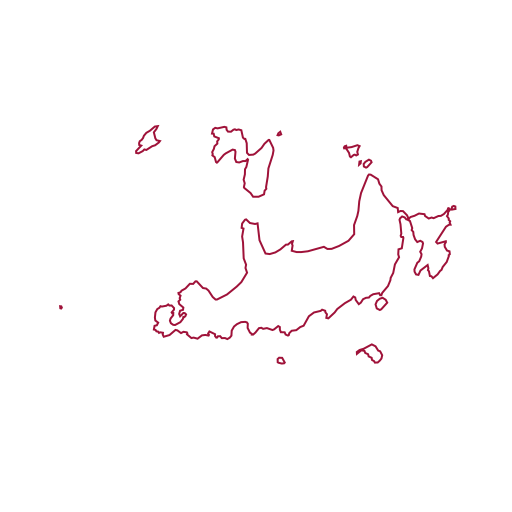 Con Dao, Sóc Trăng, Vietnam, rotated 217°
{"feature_id": "81297802B83873736556753", "entity_name": "Con Dao", "entity_type": "district", "adm_level": 2, "iso_a3": "VNM", "parent_name": "Vietnam", "parent_adm1": "Sóc Trăng", "projection": "equal_earth", "projection_center": [106.623, 8.704], "detail": "fine", "context": "isolated", "style": "outline", "palette": "rose", "viewbox_px": 512, "rotation_deg": 217, "n_neighbors": 0, "source": "geoboundaries", "source_scale": "gbopen_adm2", "svg_char_len": 6162}
<svg xmlns="http://www.w3.org/2000/svg" viewBox="0 0 512 512"><g transform="rotate(217 256 256)"><path d="M238.9,283.1L240.5,275.9L242.7,270.5L246.2,265.8L249.9,263.7L262.7,270.7L274.4,283.0L276.0,281.0L280.7,278.7L285.9,279.3L286.6,278.3L286.6,273.6L284.4,269.8L282.5,270.4L278.8,263.2L274.6,259.1L264.4,246.7L258.7,243.1L257.2,240.1L253.1,237.3L252.0,226.3L253.0,219.9L256.0,207.8L261.0,197.7L262.1,196.9L265.9,197.2L273.1,199.8L276.2,200.0L279.1,198.5L288.1,200.1L289.1,199.3L289.4,195.9L292.1,194.0L292.8,187.6L294.6,183.5L294.5,181.6L295.7,179.8L294.8,179.0L292.4,178.9L291.6,176.4L290.2,175.5L290.6,173.1L288.3,171.4L283.0,171.1L281.9,169.1L283.7,166.6L282.5,163.5L280.3,162.2L279.7,166.8L278.6,167.5L276.7,167.3L276.2,165.4L276.6,163.8L277.3,163.6L276.5,161.7L276.6,157.6L279.1,152.2L280.7,151.2L283.5,151.1L285.8,152.5L286.6,154.6L286.5,158.9L287.7,160.6L288.4,159.8L289.4,160.2L289.2,163.8L290.1,165.1L293.6,165.7L295.4,164.3L297.0,164.5L297.6,162.4L300.7,159.0L302.1,158.4L302.0,156.5L302.9,154.2L302.4,150.5L299.7,146.0L297.6,143.9L294.0,143.9L293.5,141.0L295.0,139.2L293.3,135.8L291.7,136.5L290.2,135.9L288.7,136.7L287.2,136.2L286.6,137.4L284.1,138.7L283.2,137.1L281.1,136.0L277.5,140.8L275.8,148.5L274.0,149.3L269.5,149.3L268.3,151.8L265.3,153.4L264.3,153.0L264.0,151.9L258.2,151.6L256.7,153.3L252.9,154.8L251.4,160.1L248.9,162.5L246.0,163.9L246.1,164.7L247.6,165.3L247.8,167.7L241.6,168.9L240.5,167.4L238.6,166.9L238.0,167.4L238.1,169.0L236.3,170.4L233.9,169.8L231.4,171.8L228.9,172.4L227.8,175.0L227.7,177.6L230.5,181.8L231.1,186.5L230.2,190.1L228.1,194.2L225.0,196.9L223.3,197.5L221.8,197.0L219.4,193.5L214.7,191.2L212.5,191.3L212.1,190.7L211.0,191.5L210.4,194.5L210.2,200.2L208.5,201.9L206.5,202.1L203.9,205.0L198.3,206.8L197.4,208.2L196.1,213.4L194.2,213.6L192.6,211.5L190.3,210.1L187.2,212.3L185.1,211.1L182.6,211.7L182.2,212.5L183.0,214.4L182.5,217.8L179.2,221.0L177.9,225.9L176.0,229.0L177.5,239.7L175.7,245.8L171.3,251.1L170.9,252.9L167.8,253.9L166.5,252.7L164.3,252.2L162.6,248.9L160.7,249.7L159.2,258.2L159.2,262.6L156.6,271.9L153.9,278.2L153.8,282.3L151.8,282.6L149.9,280.9L144.9,279.4L144.2,281.8L144.5,285.9L143.0,288.8L140.8,290.8L140.7,292.9L139.4,296.0L135.3,300.4L133.3,299.4L132.3,300.1L133.0,302.6L132.5,311.4L134.1,317.5L135.3,319.6L136.2,325.0L140.0,332.9L141.0,341.1L143.4,342.9L146.2,347.1L144.2,349.9L149.2,359.2L150.0,359.7L151.4,358.6L152.6,359.2L153.4,361.3L159.7,368.3L163.2,371.3L163.6,372.9L163.1,375.5L160.5,376.3L158.0,375.7L156.9,376.4L157.3,378.0L159.9,379.4L165.6,380.3L167.7,378.9L168.9,376.6L171.7,379.6L176.8,378.1L190.6,381.5L195.3,384.1L197.6,387.0L201.0,388.0L204.7,390.7L213.3,390.0L214.8,389.1L214.9,387.6L210.0,369.5L206.5,361.9L201.4,353.7L199.2,348.9L196.3,339.7L190.7,332.5L191.3,323.8L195.7,314.0L199.9,307.2L203.2,304.6L207.3,304.2L217.4,291.0L222.4,286.2L225.9,283.6L230.6,281.7L233.1,286.4L234.5,287.3L235.5,290.0L236.3,289.2L237.4,284.3L238.9,283.1ZM335.0,343.1L335.7,342.5L337.7,342.7L343.4,347.6L346.0,346.6L347.6,344.7L349.1,344.5L350.0,343.3L350.8,340.2L353.2,338.5L355.4,339.1L357.1,340.9L359.0,340.1L363.5,334.8L365.7,333.8L366.5,331.2L364.8,327.3L363.4,328.2L361.3,326.4L356.5,327.7L355.9,326.7L356.0,324.2L354.5,322.5L355.2,318.7L354.1,316.2L353.5,312.6L351.9,311.4L351.4,310.1L348.5,310.1L344.5,307.0L343.4,307.0L343.2,307.8L342.6,317.4L341.9,319.8L338.7,326.9L336.6,327.9L335.1,326.9L331.5,321.1L328.3,319.2L325.7,320.6L323.6,323.9L321.5,325.5L321.0,328.3L320.3,328.1L317.3,321.3L317.0,318.7L314.0,314.5L311.8,309.5L308.8,307.3L307.1,303.7L306.3,303.3L298.2,303.0L294.0,301.6L289.6,304.9L286.7,310.1L288.4,313.3L288.2,315.9L289.4,317.0L294.4,326.5L298.8,333.4L303.5,346.8L305.5,350.8L307.4,352.7L315.2,356.7L315.8,356.3L316.8,350.7L316.6,345.6L318.3,337.3L319.2,335.3L322.4,332.5L325.3,333.0L331.3,340.5L335.0,343.1ZM113.3,382.0L118.5,375.2L120.6,375.6L121.9,393.7L120.7,397.1L119.5,398.1L121.4,399.2L121.8,400.6L123.8,400.8L124.7,402.0L127.5,402.8L127.6,404.4L129.0,406.8L128.9,409.8L130.9,410.2L131.3,409.7L130.7,408.1L131.2,402.6L132.5,399.3L134.4,397.7L136.9,393.1L138.9,392.4L140.6,389.9L145.0,389.7L146.6,390.8L151.4,388.0L153.6,383.5L156.0,380.2L156.4,378.2L155.8,376.3L154.1,376.6L148.0,372.3L147.3,370.4L144.9,369.9L142.8,367.6L139.0,365.1L135.6,364.2L134.0,367.0L131.5,367.4L130.2,366.6L128.0,362.0L127.4,358.2L124.9,357.1L123.7,354.9L122.5,350.0L123.1,347.7L121.4,340.6L119.9,338.9L117.1,337.6L114.9,338.7L115.9,343.4L113.5,352.1L110.9,349.9L110.2,348.2L108.7,347.9L105.1,344.7L103.7,345.4L101.3,344.8L99.9,350.6L100.0,354.8L99.5,356.6L100.3,359.6L100.1,366.0L101.9,371.9L102.6,372.6L102.3,374.1L104.3,376.2L106.7,375.3L110.7,376.9L112.4,378.7L112.7,381.4L113.3,382.0ZM401.9,290.0L405.1,288.6L407.2,289.4L412.0,293.3L412.0,297.6L412.6,300.6L414.7,298.5L416.1,292.2L417.7,288.4L417.9,284.6L417.2,282.2L417.2,279.9L417.9,277.7L417.3,275.8L416.1,274.4L414.1,275.1L414.9,267.6L413.7,266.2L411.6,267.3L409.6,271.6L409.3,273.9L407.4,274.7L405.0,281.2L403.2,283.7L401.9,288.2L401.9,290.0ZM95.5,252.7L99.5,254.6L101.5,254.0L106.2,255.8L110.3,255.1L114.2,246.7L116.7,243.3L117.7,240.0L116.5,238.6L115.1,244.1L112.3,245.5L110.4,244.3L107.4,245.0L105.6,243.6L102.4,244.3L100.8,242.8L98.4,243.1L96.9,242.4L94.7,244.2L94.2,246.8L94.1,249.6L95.5,252.7ZM239.4,406.1L241.7,405.5L245.2,400.5L248.4,397.4L249.2,397.2L250.3,398.3L251.2,397.0L251.1,395.6L250.4,395.0L249.2,396.0L248.0,395.9L243.7,394.3L240.9,392.0L239.6,392.0L238.8,395.5L238.1,396.4L236.5,396.6L235.7,398.4L237.8,400.1L239.1,403.7L239.4,406.1ZM123.9,288.8L123.1,297.7L126.1,299.1L129.8,298.8L131.5,296.2L132.3,292.9L131.4,289.3L128.0,286.8L124.6,287.4L123.9,288.8ZM220.7,393.9L220.1,400.4L221.5,401.3L223.8,400.9L225.3,397.0L225.4,394.3L223.7,392.4L221.3,392.8L220.7,393.9ZM168.9,188.2L173.8,190.4L176.3,188.7L176.7,186.7L174.7,184.2L173.8,184.3L170.7,185.6L169.0,187.2L168.9,188.2ZM129.0,413.5L128.2,411.2L127.5,410.9L125.0,413.6L126.6,415.5L128.2,415.0L129.0,413.5ZM309.1,368.3L311.4,369.8L312.0,367.4L311.5,365.5L310.4,366.0L309.1,368.3ZM228.2,392.9L229.3,394.8L230.2,393.7L228.6,391.0L228.2,392.9ZM381.2,98.6L382.2,98.0L380.8,96.5L380.0,96.8L380.0,97.9L381.2,98.6Z" fill="none" stroke="#9f1239" stroke-width="2"/></g></svg>